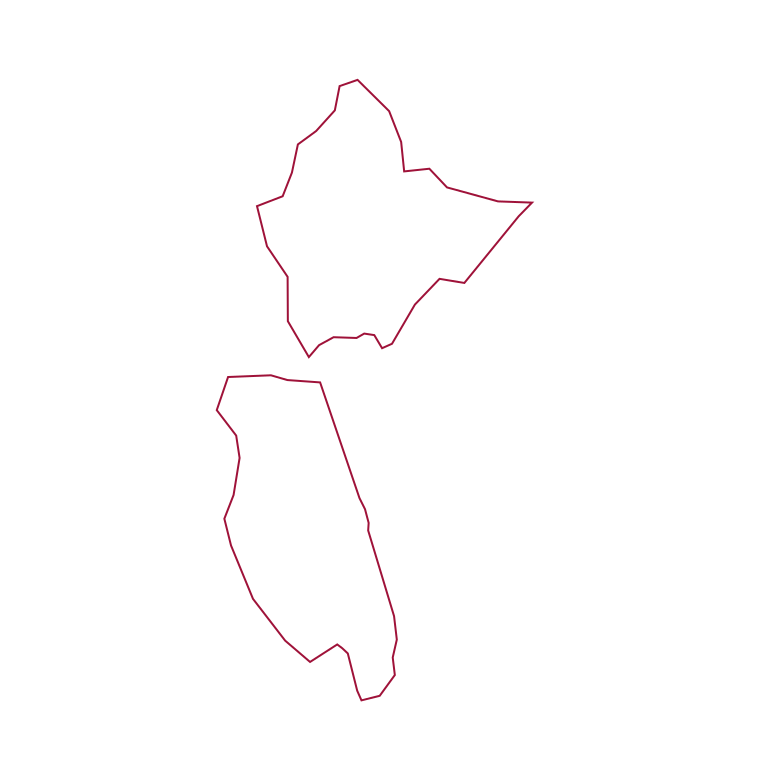 the Municipality of Raunas, rotated 76°
{"feature_id": "LVA-5799", "entity_name": "Raunas", "entity_type": "Municipality", "adm_level": 1, "iso_a3": "LVA", "parent_name": "Latvia", "parent_adm1": "", "projection": "equal_earth", "projection_center": [25.779, 57.325], "detail": "fine", "context": "isolated", "style": "outline", "palette": "rose", "viewbox_px": 768, "rotation_deg": 76, "n_neighbors": 0, "source": "natural_earth", "source_scale": "10m", "svg_char_len": 872}
<svg xmlns="http://www.w3.org/2000/svg" viewBox="0 0 768 768"><g transform="rotate(76 384 384)"><path d="M243.8,196.5L253.8,212.7L305.4,281.6L295.4,304.7L314.4,334.8L346.9,366.5L348.8,377.2L334.2,381.6L330.3,391.0L332.7,399.5L326.4,421.6L330.6,437.6L339.7,450.4L299.8,462.1L256.7,451.6L222.1,464.2L180.7,464.2L177.3,436.9L156.6,422.2L130.7,409.6L122.1,388.6L106.6,365.5L84.2,355.0L82.5,336.1L120.5,313.0L153.3,308.8L182.6,313.0L186.1,287.9L208.5,275.3L234.4,229.2L243.8,196.5ZM611.7,430.4L635.1,433.4L651.5,441.7L669.0,443.9L685.5,463.6L685.5,482.4L675.1,484.2L636.7,484.3L630.2,488.5L625.4,492.4L635.8,523.0L609.1,542.0L560.8,563.1L503.7,571.5L476.1,571.5L455.3,556.8L420.8,542.0L398.3,539.9L368.9,552.6L339.5,533.6L348.2,491.6L356.8,476.8L367.0,445.6L488.8,435.4L500.9,432.7L515.1,432.5L522.3,434.8L611.7,430.4Z" fill="none" stroke="#9f1239" stroke-width="2"/></g></svg>